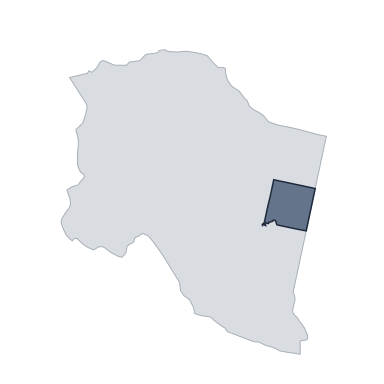 Kalangala on a map of Uganda (Albers equal-area conic projection), rotated 282°
{"feature_id": "UGA-2631", "entity_name": "Kalangala", "entity_type": "District", "adm_level": 1, "iso_a3": "UGA", "parent_name": "Uganda", "parent_adm1": "", "projection": "albers", "projection_center": [32.167, -0.565], "detail": "fine", "context": "in_parent", "style": "filled", "palette": "slate", "viewbox_px": 384, "rotation_deg": 282, "n_neighbors": 0, "source": "natural_earth", "source_scale": "10m", "svg_char_len": 2836}
<svg xmlns="http://www.w3.org/2000/svg" viewBox="0 0 384 384"><g transform="rotate(282 192 192)"><path d="M274.4,311.9L268.9,311.9L259.9,311.8L250.9,311.8L241.9,311.8L232.9,311.8L224.0,311.8L215.0,311.8L206.0,311.8L197.0,311.8L188.0,311.8L179.0,311.8L170.0,311.8L161.0,311.8L152.0,311.8L143.0,311.8L134.0,311.8L125.0,311.8L119.7,311.8L118.7,311.7L117.9,311.5L114.5,312.1L111.0,314.3L107.3,315.3L103.3,314.9L102.8,315.2L100.8,315.1L97.9,315.0L95.2,315.5L93.2,317.5L91.2,320.8L87.5,324.6L84.6,328.0L82.2,330.4L76.6,334.4L73.5,335.6L72.0,335.4L71.1,334.7L69.3,329.6L68.2,328.8L57.3,331.4L55.7,331.5L55.8,329.9L55.0,318.0L54.9,310.7L56.3,306.1L57.1,300.9L57.2,296.2L59.2,288.3L58.4,283.6L61.0,267.0L61.6,264.3L62.6,256.3L64.2,253.8L65.7,252.8L67.5,247.9L71.1,240.1L73.6,236.0L73.0,227.2L73.4,221.2L73.9,219.8L79.2,217.6L86.1,212.0L89.0,205.5L93.1,201.3L101.0,198.6L124.5,176.2L135.5,164.1L140.3,157.9L140.4,155.7L141.3,152.8L139.4,150.5L137.1,148.4L136.4,146.5L134.4,145.6L131.6,145.6L129.7,144.2L127.6,141.5L125.5,139.8L118.8,140.0L113.6,137.2L113.7,133.4L115.7,126.0L119.6,117.5L119.8,115.1L119.3,113.1L118.3,111.4L116.6,109.7L114.9,107.7L116.2,101.5L118.6,95.5L120.6,92.5L122.6,89.2L122.0,86.4L119.2,85.1L120.7,82.4L123.8,77.8L129.8,73.3L135.1,70.2L138.6,70.2L145.5,72.6L151.7,75.5L155.1,75.6L159.3,74.4L167.9,69.3L169.9,71.0L172.5,74.0L175.2,79.1L180.6,81.5L183.2,83.1L185.0,83.6L186.1,83.1L188.1,79.1L190.6,76.9L195.2,74.2L205.3,72.0L212.5,71.3L215.6,70.8L220.7,69.5L228.8,65.4L236.7,70.8L245.4,71.8L253.8,71.8L256.3,70.2L257.8,68.9L266.6,60.2L278.5,48.4L286.4,65.1L289.2,66.0L288.8,67.5L288.1,68.9L293.3,72.9L299.7,75.0L301.9,77.1L302.1,79.3L300.0,89.1L300.3,91.8L302.4,101.6L306.2,103.8L309.5,113.6L316.3,117.8L317.3,119.0L318.9,123.8L320.9,129.0L322.6,130.2L323.6,130.5L325.6,136.1L324.4,139.2L325.9,148.7L328.5,157.1L329.1,167.3L329.1,171.7L329.0,174.4L328.5,178.3L327.2,180.5L325.1,182.7L322.7,186.1L320.6,189.7L319.2,191.5L320.2,197.0L320.0,198.4L319.4,199.1L316.3,199.9L312.4,201.4L310.0,202.8L306.6,205.6L303.9,208.6L300.3,217.4L294.3,224.3L293.3,226.5L287.6,230.6L285.1,235.7L283.5,241.9L281.3,246.3L276.5,252.4L275.4,262.0L275.5,281.3L274.3,303.2L274.4,311.9Z" fill="#d9dde1" stroke="#a8b0b8" stroke-width="1"/><path d="M214.7,311.8L205.5,311.8L196.3,311.8L187.0,311.8L177.7,311.8L177.5,300.3L177.5,282.0L178.5,281.2L179.6,280.6L180.8,279.9L181.6,278.8L181.5,277.5L180.0,276.9L179.7,276.0L179.2,275.2L178.8,274.7L178.7,274.3L178.6,273.9L178.5,273.6L178.1,273.5L177.7,273.5L177.4,273.5L177.1,273.3L176.9,272.8L177.2,271.5L177.2,270.7L176.7,270.4L176.2,270.4L174.5,271.0L174.9,269.0L175.1,268.2L174.8,268.2L174.1,267.9L174.9,267.5L176.3,268.7L178.0,269.1L190.7,269.1L197.8,269.2L203.1,269.4L208.8,269.4L221.0,269.4L221.0,284.5L221.0,311.8L214.8,311.8L214.7,311.8Z" fill="#64748b" stroke="#1e293b" stroke-width="1.5"/></g></svg>